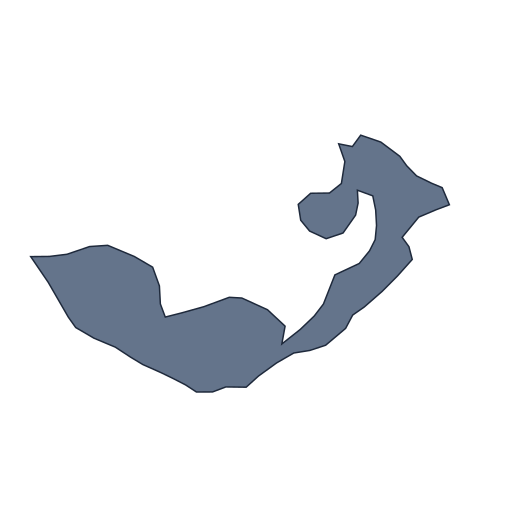 outline of Santalaris, Cyprus, rotated 240°
{"feature_id": "46923920B66935539070734", "entity_name": "Santalaris", "entity_type": "district", "adm_level": 2, "iso_a3": "CYP", "parent_name": "Cyprus", "parent_adm1": "", "projection": "natural_earth1", "projection_center": [33.807, 35.206], "detail": "fine", "context": "isolated", "style": "filled", "palette": "slate", "viewbox_px": 512, "rotation_deg": 240, "n_neighbors": 0, "source": "geoboundaries", "source_scale": "gbopen_adm2", "svg_char_len": 1133}
<svg xmlns="http://www.w3.org/2000/svg" viewBox="0 0 512 512"><g transform="rotate(240 256 256)"><path d="M311.8,383.7L293.4,380.2L276.1,366.2L273.8,351.1L283.0,334.7L279.6,318.4L264.6,312.6L250.8,314.9L235.9,325.4L232.4,342.9L241.6,362.7L250.8,370.9L262.3,376.7L249.7,387.2L235.9,382.6L222.1,375.6L210.6,367.4L203.7,356.9L197.9,341.7L200.2,314.9L180.7,290.4L174.9,276.4L170.3,257.7L166.9,234.4L180.7,246.1L203.7,239.1L226.7,222.7L233.6,212.2L238.2,185.4L243.9,163.2L248.5,146.9L262.3,149.2L278.4,157.4L298.0,160.9L316.4,150.4L339.4,132.9L347.4,116.6L352.0,93.2L358.9,76.9L368.1,60.6L337.1,62.9L318.7,62.9L296.8,62.9L284.2,64.1L265.8,74.6L247.4,88.6L231.3,96.7L218.6,103.7L202.5,115.4L192.2,122.4L179.5,130.6L168.0,136.4L160.0,150.4L157.7,164.4L147.3,181.9L150.8,198.2L153.1,220.4L153.1,228.6L153.1,240.2L147.3,255.4L143.9,271.7L148.5,297.4L156.5,310.2L157.7,324.2L162.3,347.6L168.0,368.6L174.9,389.6L187.6,393.1L199.1,391.9L208.3,416.4L206.0,435.1L203.7,449.1L222.1,451.4L231.3,444.4L245.1,435.1L258.9,431.6L270.4,430.4L292.2,421.1L308.3,407.1L302.6,394.2L311.8,383.7Z" fill="#64748b" stroke="#1e293b" stroke-width="1.5"/></g></svg>